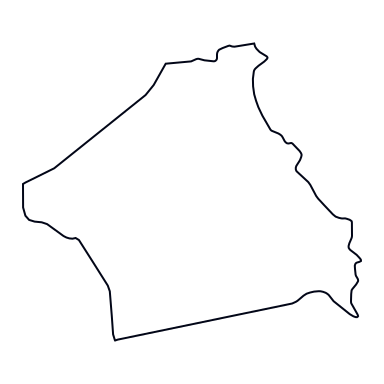 SVG path tracing the border of Kebili
{"feature_id": "TUN-97", "entity_name": "Kebili", "entity_type": "Governorate", "adm_level": 1, "iso_a3": "TUN", "parent_name": "Tunisia", "parent_adm1": "", "projection": "robinson", "projection_center": [9.372, 33.366], "detail": "fine", "context": "isolated", "style": "outline", "palette": "ink", "viewbox_px": 384, "rotation_deg": 0, "n_neighbors": 0, "source": "natural_earth", "source_scale": "10m", "svg_char_len": 2354}
<svg xmlns="http://www.w3.org/2000/svg" viewBox="0 0 384 384"><path d="M72.5,238.7L69.4,238.4L66.4,237.5L63.5,236.0L47.1,224.1L41.7,222.3L34.6,221.6L29.1,219.9L25.4,215.7L23.1,207.5L23.0,184.0L25.5,182.5L54.2,168.3L145.6,95.0L153.7,85.0L165.7,63.7L191.1,61.4L196.3,59.1L197.6,58.8L198.7,58.8L204.4,60.3L213.6,61.3L214.6,61.2L215.1,61.0L215.6,60.7L216.1,60.2L216.6,59.6L216.9,58.8L217.0,58.1L217.0,54.3L217.2,53.0L217.4,52.3L217.7,51.7L218.1,51.0L218.6,50.3L219.2,49.7L222.5,48.1L228.3,45.9L229.6,45.6L232.2,46.5L234.5,46.7L254.2,43.5L255.1,46.6L256.5,48.8L259.1,51.5L259.9,52.2L266.6,56.3L267.3,57.1L267.5,57.8L267.2,58.5L266.8,59.1L264.2,61.6L258.6,65.7L255.9,68.1L255.3,68.7L254.8,69.3L254.1,70.5L253.8,71.7L252.9,78.9L253.1,86.4L254.2,94.3L256.1,100.9L258.4,107.3L262.4,115.7L270.2,129.2L270.6,129.8L271.2,130.4L271.8,130.8L278.4,133.5L279.9,134.4L281.2,135.4L281.8,136.0L282.7,137.4L284.7,141.2L285.2,141.8L285.8,142.4L286.4,142.9L287.1,143.3L287.8,143.4L288.5,143.5L290.5,143.1L291.2,143.0L291.8,143.2L292.5,143.6L299.6,151.0L300.9,152.9L301.4,154.0L301.6,154.9L301.5,155.6L301.2,157.0L300.2,159.6L299.9,160.3L296.4,165.8L296.1,166.6L295.8,167.7L295.8,169.3L296.1,170.3L296.6,171.3L308.3,182.1L310.3,184.9L316.2,196.0L318.2,198.7L324.2,205.2L332.8,214.3L335.6,216.6L338.8,217.8L341.4,218.4L342.8,218.5L344.1,218.4L345.2,218.4L346.8,218.8L349.7,219.8L350.9,220.6L351.7,221.3L351.8,221.9L351.9,222.6L352.0,236.0L351.8,237.3L351.4,238.5L349.3,243.4L348.6,246.0L348.6,246.7L348.7,247.8L349.3,248.8L349.9,249.6L350.7,250.3L356.7,254.9L360.3,258.8L361.0,260.1L360.9,261.1L360.3,261.4L359.0,262.0L357.1,262.5L356.5,262.8L355.9,263.2L355.5,263.7L355.2,264.3L355.0,265.0L354.8,265.7L355.0,268.9L355.6,274.6L356.0,275.9L357.1,277.7L357.9,279.2L358.1,280.2L358.1,281.0L357.8,281.7L356.1,284.5L352.4,289.0L352.0,289.7L351.6,290.3L351.2,294.0L351.0,301.2L351.1,302.7L351.3,303.4L357.3,314.0L357.7,314.8L358.1,316.1L357.7,316.7L357.1,317.1L356.4,317.1L355.8,317.1L355.0,316.9L353.4,316.3L349.7,314.1L333.6,301.2L328.9,295.2L328.3,294.6L327.0,293.6L325.7,292.8L323.0,291.8L320.7,291.3L318.9,291.2L314.1,291.6L310.2,292.5L306.6,293.7L303.5,295.7L297.5,300.8L295.9,301.8L292.2,303.5L117.8,339.6L115.1,340.5L114.9,340.2L113.1,334.4L111.8,316.1L109.8,291.3L107.8,285.6L92.9,262.0L78.9,240.0L75.6,238.0L72.5,238.7Z" fill="none" stroke="#020617" stroke-width="2"/></svg>